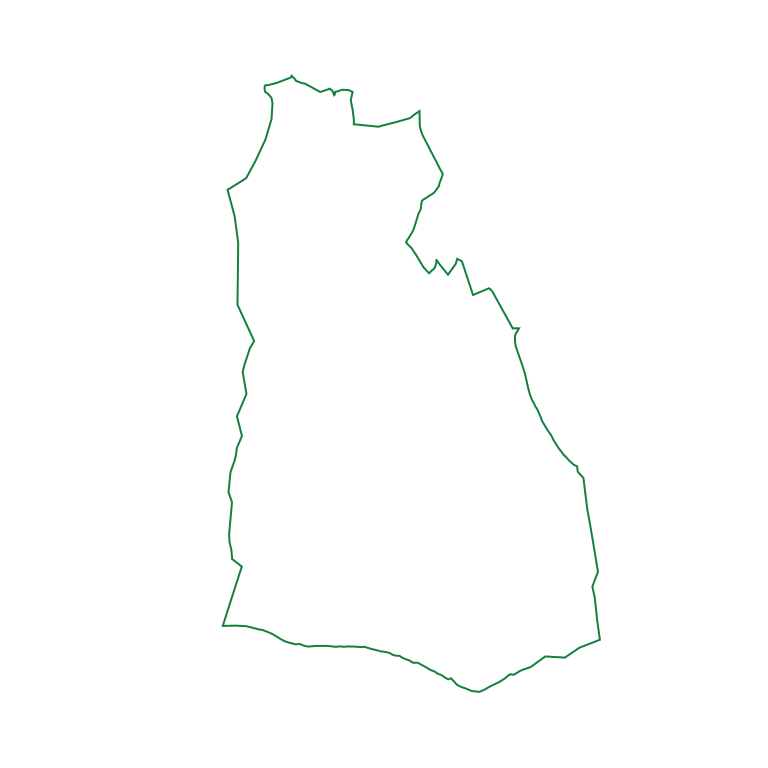 the district of Etche, Rivers, Nigeria, rotated 173°
{"feature_id": "59680162B93423525469915", "entity_name": "Etche", "entity_type": "district", "adm_level": 2, "iso_a3": "NGA", "parent_name": "Nigeria", "parent_adm1": "Rivers", "projection": "equal_earth", "projection_center": [7.069, 5.07], "detail": "fine", "context": "isolated", "style": "outline", "palette": "green", "viewbox_px": 768, "rotation_deg": 173, "n_neighbors": 0, "source": "geoboundaries", "source_scale": "gbopen_adm2", "svg_char_len": 4466}
<svg xmlns="http://www.w3.org/2000/svg" viewBox="0 0 768 768"><g transform="rotate(173 384 384)"><path d="M573.5,163.5L560.2,162.2L550.2,160.4L537.3,155.4L534.8,154.8L529.0,151.7L524.9,149.2L521.5,146.6L517.8,143.5L514.1,140.9L510.0,138.9L508.9,138.5L503.2,136.3L499.5,136.3L495.7,134.2L491.6,132.7L482.3,132.2L477.6,131.6L472.9,131.1L469.2,130.3L463.9,129.0L460.2,129.0L455.3,128.0L453.3,128.0L452.6,128.0L444.8,126.9L441.4,126.2L438.4,125.6L435.6,125.6L428.5,122.4L425.6,121.4L422.0,120.0L419.4,118.9L416.7,118.3L412.3,116.8L411.2,116.4L408.2,114.0L405.2,112.9L401.8,112.3L399.3,110.2L395.6,108.0L392.2,106.4L389.3,103.8L384.6,103.3L381.1,100.8L375.5,96.8L372.9,94.6L368.8,92.5L368.1,91.8L366.6,90.4L361.9,87.7L359.2,85.1L356.3,83.0L353.3,83.7L350.6,79.9L348.2,76.6L344.5,74.0L342.0,72.8L339.2,71.4L336.6,69.9L334.0,68.4L330.8,67.8L327.2,66.8L321.6,68.3L317.1,70.3L312.6,71.9L305.4,74.4L302.7,75.7L300.1,76.9L294.5,80.5L290.6,79.6L286.4,81.5L283.8,82.7L279.7,83.8L276.1,84.5L272.8,85.2L265.8,89.1L262.7,90.8L257.1,93.9L252.4,93.1L249.5,92.5L246.6,92.0L242.7,91.3L237.8,90.4L232.6,93.1L229.4,94.8L226.5,96.2L222.1,98.5L218.4,99.4L215.0,100.3L211.3,101.2L206.4,102.4L202.4,103.5L200.9,103.8L201.2,124.2L200.8,146.2L201.9,157.5L194.5,171.6L195.8,202.7L196.6,219.7L197.5,235.1L197.5,266.4L201.6,272.2L202.4,273.3L202.4,276.1L202.4,278.8L205.3,280.5L209.6,285.5L212.1,289.2L214.1,291.5L218.6,299.3L222.3,307.0L224.3,312.7L227.1,317.8L231.8,328.5L232.5,332.2L235.0,340.3L236.7,343.7L237.3,346.1L239.1,350.1L240.6,356.8L241.4,362.3L242.8,376.7L244.4,385.5L248.7,405.5L248.7,411.1L248.1,415.9L246.8,418.2L243.2,422.8L248.3,423.5L249.4,423.4L265.1,462.5L266.9,465.1L268.2,466.2L284.8,461.5L291.7,496.3L294.1,498.0L296.1,499.3L298.1,494.6L301.5,490.9L307.2,484.7L310.2,489.5L314.0,495.7L316.6,500.3L316.8,500.7L317.0,500.6L317.1,498.5L317.3,497.9L318.3,495.5L319.4,493.5L320.0,492.6L320.3,492.2L320.9,491.8L322.1,491.2L322.4,491.1L323.3,490.4L325.6,488.4L326.7,489.6L328.4,491.9L328.9,492.7L329.5,493.6L329.9,494.1L330.5,495.0L331.7,497.6L333.3,501.1L334.9,504.9L335.5,506.1L336.7,508.7L337.9,511.0L338.7,512.7L339.8,514.8L340.4,516.0L343.6,519.9L344.8,522.1L344.1,523.2L343.1,524.5L341.8,525.7L339.7,528.5L339.0,529.4L336.9,532.1L335.8,533.9L334.7,536.2L334.4,536.8L330.6,545.2L329.0,548.8L328.3,549.9L327.8,550.7L326.9,551.9L326.4,552.8L325.9,554.2L325.4,556.2L325.0,558.3L324.4,560.1L324.2,560.8L323.5,561.6L322.6,562.1L320.8,563.0L319.5,563.5L317.1,564.8L315.5,565.6L313.8,566.3L313.3,566.5L311.0,567.8L310.1,568.7L309.1,569.7L307.4,571.5L306.3,572.7L305.5,573.7L304.2,577.0L302.2,580.8L300.8,583.6L300.1,585.1L300.1,585.5L300.2,585.8L302.1,590.4L303.6,594.4L305.1,598.7L306.7,602.8L308.2,607.0L309.6,610.6L310.6,613.6L311.5,615.8L312.9,619.6L314.9,624.9L315.6,627.1L316.1,629.0L316.7,632.8L317.0,634.5L316.9,637.3L316.9,638.0L316.5,641.1L315.5,650.6L318.2,649.2L321.6,647.3L325.7,644.7L331.1,643.9L338.7,642.7L346.2,641.7L355.0,640.6L358.0,640.0L370.4,642.8L376.0,644.1L381.2,645.2L382.4,645.6L382.1,646.7L381.9,648.3L381.7,651.6L381.7,653.3L381.7,656.3L381.7,658.3L381.7,660.0L381.9,662.3L382.1,664.4L382.1,665.5L382.2,666.6L382.3,667.5L382.4,669.1L382.4,669.6L382.2,670.3L380.1,676.3L379.5,677.7L383.5,680.1L389.7,681.1L391.3,680.8L394.4,680.1L396.8,680.1L397.1,678.5L398.1,676.8L398.3,676.7L398.6,678.1L399.1,679.6L399.5,681.1L399.7,681.9L399.8,682.1L400.1,682.2L400.5,682.4L401.0,682.6L401.2,682.8L401.3,683.2L401.4,683.5L401.5,683.7L401.7,683.8L403.5,683.3L407.0,682.6L410.8,681.8L411.5,681.6L411.9,681.7L412.5,682.1L413.4,682.8L414.4,683.5L415.4,684.3L416.5,685.0L417.9,686.0L419.0,686.9L419.7,687.4L421.1,688.4L424.3,690.7L425.0,691.2L426.1,691.9L427.5,692.2L428.6,692.6L429.8,693.2L431.3,694.0L432.5,694.6L433.7,695.2L434.4,695.5L434.5,696.0L435.0,696.9L435.8,698.2L437.1,699.9L438.0,701.2L439.1,699.8L439.5,699.4L444.2,698.3L447.4,697.5L453.1,696.1L453.8,695.9L455.9,695.7L457.5,695.4L459.0,695.2L460.3,695.1L462.0,694.8L463.1,694.7L464.7,695.1L466.0,694.4L466.6,691.4L466.3,688.4L464.1,686.4L463.6,685.8L460.8,681.8L460.5,676.1L463.3,660.8L471.9,641.1L484.1,621.5L495.7,605.1L512.1,597.4L512.6,597.1L515.6,596.0L511.8,568.6L511.5,541.9L516.6,503.9L519.8,480.5L507.6,442.4L512.6,436.1L520.1,420.2L522.8,413.0L521.7,390.9L533.9,369.9L531.3,349.8L537.9,338.3L539.5,331.9L541.7,326.0L547.1,315.2L551.5,295.6L549.3,285.1L556.0,254.0L556.6,246.0L555.7,237.4L556.1,228.8L547.4,220.1L564.5,183.2L573.5,163.5Z" fill="none" stroke="#15803d" stroke-width="2"/></g></svg>